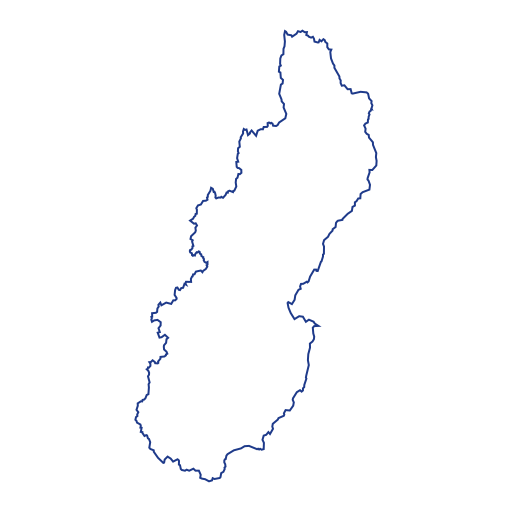 outline of Malinau, Kalimantan Timur, Indonesia
{"feature_id": "22746128B54632748429230", "entity_name": "Malinau", "entity_type": "district", "adm_level": 2, "iso_a3": "IDN", "parent_name": "Indonesia", "parent_adm1": "Kalimantan Timur", "projection": "equal_earth", "projection_center": [115.266, 2.582], "detail": "fine", "context": "isolated", "style": "outline", "palette": "blue", "viewbox_px": 512, "rotation_deg": 0, "n_neighbors": 0, "source": "geoboundaries", "source_scale": "gbopen_adm2", "svg_char_len": 6061}
<svg xmlns="http://www.w3.org/2000/svg" viewBox="0 0 512 512"><path d="M318.4,325.9L314.8,323.6L313.6,321.7L308.9,319.7L305.9,321.8L302.9,316.7L299.2,316.2L294.5,319.1L290.7,313.0L288.5,307.7L287.6,303.0L288.3,302.1L291.9,304.1L294.6,299.8L295.3,295.3L298.5,289.8L300.7,288.8L300.1,286.4L301.0,283.9L303.2,283.8L306.8,281.7L307.5,282.4L308.6,281.4L310.1,276.6L314.2,269.6L316.1,269.6L316.5,270.9L317.7,271.0L320.9,261.8L321.5,261.4L323.0,256.5L323.0,254.6L323.9,253.8L324.0,246.5L323.0,243.9L324.1,240.1L328.0,236.8L329.5,233.8L332.5,230.7L332.7,229.2L335.6,227.0L336.0,222.9L337.0,221.5L338.0,220.7L342.4,219.9L342.6,218.9L347.7,213.8L351.9,210.9L352.5,206.9L354.9,205.6L354.9,202.3L356.5,201.2L358.2,198.5L360.3,198.3L360.6,194.0L362.6,192.2L369.4,189.6L370.0,184.8L368.5,180.6L367.5,179.5L367.6,178.2L369.6,172.4L369.4,169.9L372.3,170.0L376.3,165.5L376.6,160.9L375.9,157.1L376.3,153.1L373.0,144.9L372.9,142.3L369.0,137.6L368.7,134.9L366.7,133.8L365.2,131.8L365.6,128.7L364.1,125.4L365.4,123.6L367.8,122.5L368.0,119.4L368.6,118.9L368.6,116.9L369.5,114.4L368.8,113.4L369.6,111.5L370.8,110.7L371.2,109.0L371.8,109.2L371.5,108.5L372.4,105.3L371.3,103.1L371.6,101.1L369.1,98.4L368.1,93.7L366.6,92.4L360.6,91.8L352.7,93.6L351.7,93.3L350.6,89.1L347.6,89.2L344.4,85.3L341.8,85.7L340.6,83.0L340.7,80.4L339.5,78.5L339.4,76.5L334.4,67.8L334.4,65.5L333.0,63.6L331.0,58.4L330.3,52.0L331.3,49.6L328.9,49.4L327.3,47.2L327.3,43.5L325.3,41.9L324.7,40.1L323.4,39.2L321.4,41.3L319.6,39.9L318.6,42.4L317.9,42.5L314.5,41.6L314.0,38.8L312.9,36.8L311.1,37.6L308.8,36.7L308.2,35.8L306.3,35.0L306.9,32.1L304.7,32.2L302.4,30.7L300.6,32.0L298.0,31.2L296.5,33.7L292.1,36.7L291.4,35.3L287.6,34.6L286.1,31.8L285.0,31.1L284.2,34.9L284.9,41.5L284.5,46.3L283.5,48.8L283.4,54.2L281.4,55.5L280.3,58.5L280.1,63.9L280.8,65.6L279.3,66.5L278.9,71.7L280.4,72.5L280.8,77.9L283.0,79.9L282.6,83.5L280.9,84.6L279.2,93.8L281.5,99.4L281.7,101.4L284.0,104.0L283.6,107.5L286.3,113.9L285.3,118.3L279.1,122.5L277.6,125.1L276.1,126.0L273.1,125.7L272.5,123.6L271.2,122.8L270.4,123.4L269.0,122.5L267.6,123.1L267.8,125.9L267.1,126.9L263.7,127.0L262.9,129.3L260.8,129.2L257.7,130.7L256.1,135.8L251.6,130.5L249.9,132.6L249.9,133.5L248.0,135.1L246.5,129.5L245.1,129.9L243.8,129.0L243.0,131.5L243.1,133.5L240.7,137.3L240.9,138.3L239.3,141.6L239.8,146.8L238.1,148.2L237.9,151.3L238.6,153.1L237.8,153.8L237.1,158.2L238.2,161.7L236.3,162.0L236.7,166.8L237.6,167.9L239.2,168.2L241.3,169.9L241.4,172.8L239.8,174.2L238.4,174.0L237.5,177.7L236.1,178.9L235.7,182.5L236.3,186.5L234.3,190.7L233.3,190.9L233.0,192.1L229.5,190.7L228.1,191.3L227.8,192.7L226.6,192.5L225.6,194.9L223.0,197.8L221.3,196.8L220.6,197.6L218.6,197.5L216.2,198.4L215.4,197.5L215.7,195.7L215.1,193.0L214.5,191.8L213.7,192.0L212.8,188.8L211.1,187.8L210.4,190.8L207.8,195.0L207.8,196.9L207.0,197.5L207.5,199.7L205.9,200.7L203.1,200.9L200.9,204.5L198.0,205.4L196.3,208.2L196.9,209.7L196.8,213.7L195.6,214.0L195.3,215.8L194.0,216.9L193.1,218.7L190.1,220.6L194.0,223.7L195.7,223.3L197.0,225.5L195.4,227.7L195.8,230.6L195.2,232.3L191.1,236.2L190.5,239.0L192.7,240.3L192.1,241.6L193.4,245.9L192.4,246.4L192.5,248.0L191.3,249.7L190.2,249.9L189.8,251.0L190.2,252.4L191.9,253.3L192.0,255.1L192.9,255.8L193.7,255.1L194.9,255.5L195.4,253.8L196.7,252.2L197.6,252.5L198.7,251.4L199.6,251.8L200.0,253.7L201.2,254.3L201.4,256.0L203.3,257.2L203.1,257.9L204.0,259.1L203.7,260.2L204.5,261.8L206.1,262.8L207.5,262.0L207.5,264.6L206.6,265.2L207.3,266.6L205.8,269.0L203.1,270.9L202.4,272.2L200.8,270.5L195.9,271.6L194.5,274.3L193.1,274.4L192.6,276.4L192.0,276.6L190.9,278.9L191.1,281.9L186.0,281.8L185.5,283.6L186.0,284.6L184.5,283.8L183.1,287.8L181.2,288.1L180.0,290.1L178.8,289.8L177.4,287.5L176.0,287.8L175.1,290.1L174.6,294.9L176.6,298.0L176.6,298.9L175.2,300.3L173.3,300.3L171.2,303.9L166.2,302.6L161.4,305.3L160.3,302.6L158.4,304.8L158.7,306.6L157.4,308.5L157.1,311.9L155.9,312.8L152.1,313.2L152.2,316.7L151.4,316.9L151.8,318.7L151.3,319.7L152.0,321.8L154.2,320.4L157.5,319.9L160.7,322.2L160.6,325.5L158.5,328.2L159.8,332.1L157.7,332.7L159.5,337.6L161.6,337.2L164.9,334.8L168.1,337.8L166.5,339.2L166.1,342.8L164.0,345.3L163.8,346.8L164.1,349.5L166.5,351.7L167.3,353.7L165.9,354.5L165.9,355.4L164.4,356.5L160.5,356.9L160.4,358.7L158.1,361.5L158.3,362.9L157.7,363.4L155.2,363.2L154.9,362.1L152.6,360.3L150.9,362.0L149.4,362.2L150.4,363.8L150.4,365.9L148.8,367.7L148.0,367.5L147.7,368.8L146.8,369.3L148.4,370.9L149.1,372.7L149.0,374.7L148.0,376.3L149.6,382.4L148.6,384.2L148.9,387.5L148.4,394.2L146.7,395.0L145.4,398.3L144.1,399.6L142.6,399.9L142.2,401.4L140.9,401.3L137.7,403.4L137.8,405.8L136.5,409.8L138.3,412.2L137.2,414.5L137.4,416.0L136.0,417.1L135.4,419.8L136.5,420.9L137.0,422.6L140.4,424.5L140.8,425.9L140.4,427.6L141.6,427.8L140.8,431.9L142.4,432.1L142.4,432.9L144.5,436.0L146.2,435.1L147.1,435.5L147.9,438.3L149.0,439.0L150.2,442.2L149.3,447.7L150.4,449.0L153.7,450.3L153.8,451.8L158.0,457.8L163.3,462.9L164.1,462.6L164.7,459.5L167.6,456.6L170.7,458.6L173.1,461.6L177.5,459.3L178.5,460.0L179.0,460.9L178.9,464.6L180.0,465.2L180.8,469.0L181.8,470.0L185.0,470.7L186.6,469.7L189.2,470.7L193.4,468.7L195.5,470.7L198.9,470.7L200.7,474.8L200.2,477.8L201.9,478.6L205.1,479.2L209.0,481.3L212.0,480.4L212.7,478.2L214.5,479.0L219.7,478.0L220.5,477.1L221.2,473.1L223.4,471.8L224.7,469.0L224.5,467.6L225.5,466.6L225.2,464.2L224.3,462.4L224.3,460.6L224.8,459.4L225.7,459.1L226.4,455.7L227.5,454.2L233.9,450.3L241.0,448.4L244.6,446.2L249.0,445.9L257.1,449.2L258.1,448.7L259.1,449.5L260.1,448.8L261.6,449.7L263.7,449.1L263.9,442.8L262.5,439.8L263.7,435.6L266.2,434.8L268.4,432.1L270.0,434.0L273.0,428.8L272.3,426.5L272.8,423.8L277.8,419.6L278.5,418.1L283.8,415.8L284.3,414.6L283.9,413.3L285.6,410.1L289.8,410.5L293.2,405.7L293.8,402.4L292.7,399.8L293.0,398.3L296.8,392.2L300.0,390.2L301.6,391.6L302.9,390.5L303.0,388.3L304.2,387.1L304.3,384.9L306.4,378.6L305.9,377.6L306.3,375.4L308.8,365.1L307.9,360.1L308.3,354.1L310.0,347.7L309.9,343.6L312.5,341.5L313.9,339.2L314.2,336.6L313.3,333.5L312.8,327.7L314.2,326.1L318.4,325.9Z" fill="none" stroke="#1e3a8a" stroke-width="2"/></svg>